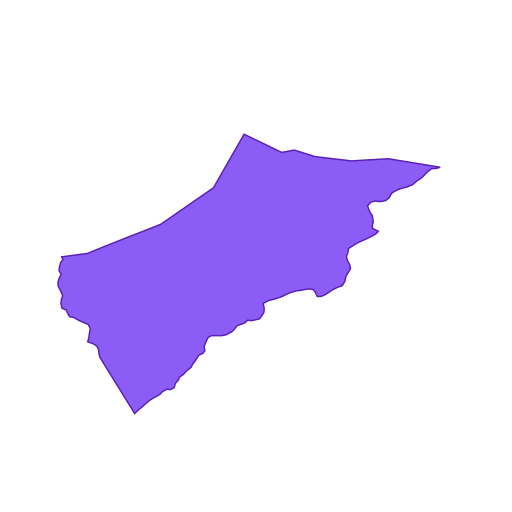 the district of Uibaí, Bahia, Brazil, rotated 255°
{"feature_id": "56859067B36146349449038", "entity_name": "Uibaí", "entity_type": "district", "adm_level": 2, "iso_a3": "BRA", "parent_name": "Brazil", "parent_adm1": "Bahia", "projection": "natural_earth1", "projection_center": [-42.132, -11.409], "detail": "fine", "context": "isolated", "style": "filled", "palette": "violet", "viewbox_px": 512, "rotation_deg": 255, "n_neighbors": 0, "source": "geoboundaries", "source_scale": "gbopen_adm2", "svg_char_len": 2056}
<svg xmlns="http://www.w3.org/2000/svg" viewBox="0 0 512 512"><g transform="rotate(255 256 256)"><path d="M135.3,98.0L137.8,102.7L139.9,107.4L141.7,110.6L144.1,115.9L145.3,119.7L146.3,124.1L147.4,127.7L149.2,130.5L150.4,135.7L149.1,138.6L150.0,142.9L153.9,145.2L156.4,149.1L158.8,150.6L160.3,155.0L163.0,159.1L165.3,164.5L168.4,167.3L170.3,170.0L172.4,172.3L175.1,175.4L175.7,179.5L177.8,182.1L182.1,182.5L185.7,185.2L189.9,188.8L190.6,192.3L189.5,196.5L188.0,201.9L187.6,206.7L188.3,209.8L189.2,213.4L191.1,216.4L193.7,220.0L193.9,224.8L194.4,228.1L196.2,231.5L194.8,234.4L194.5,238.4L194.4,243.1L196.8,246.3L199.8,249.2L203.1,250.3L208.4,250.7L209.1,253.9L209.7,256.9L209.6,262.5L209.9,268.0L210.2,271.3L211.2,275.7L211.8,280.5L211.9,286.1L211.2,290.8L210.9,295.6L210.4,298.9L208.7,302.8L205.2,304.0L201.1,304.7L200.1,308.4L200.7,312.6L201.9,316.5L203.5,320.9L204.7,327.0L205.1,331.7L208.7,335.4L213.2,337.7L216.0,340.6L219.3,344.0L223.2,344.3L227.5,343.2L232.3,343.2L235.5,345.7L239.1,347.1L240.4,350.8L241.9,355.4L242.6,358.5L243.3,362.9L244.2,368.2L245.3,373.7L246.6,378.1L248.3,380.5L250.6,377.8L252.6,375.7L255.8,376.4L258.4,378.0L261.4,378.4L265.0,378.8L268.5,377.6L271.1,377.1L275.6,376.7L278.3,380.9L278.3,385.4L276.9,388.4L276.1,392.0L276.1,395.8L277.8,399.7L281.5,403.3L282.5,406.3L283.3,409.7L283.7,414.2L283.6,419.6L284.4,425.9L286.7,430.4L288.6,436.0L290.5,439.4L292.9,443.4L294.9,448.0L294.0,452.4L294.0,456.9L315.7,409.0L317.1,402.2L319.9,388.6L323.1,372.9L336.7,338.8L348.4,320.4L349.4,307.6L376.7,276.0L366.5,265.9L361.3,260.7L332.9,232.6L311.3,172.2L308.6,148.7L307.9,141.7L304.4,111.9L304.0,108.6L302.1,93.8L305.5,68.1L302.4,68.6L300.4,65.7L296.7,63.5L292.9,62.0L288.7,63.0L285.7,60.4L282.1,58.0L278.2,57.1L275.6,57.7L271.4,58.5L267.6,59.0L264.6,56.9L260.7,55.3L255.8,55.1L253.0,58.7L249.4,59.2L245.5,60.3L243.9,64.0L241.1,66.7L238.9,69.1L236.4,72.3L233.2,76.3L228.8,77.1L224.3,75.0L220.3,73.4L216.7,71.3L213.4,76.0L210.3,78.9L206.4,79.7L201.8,79.0L198.5,79.0L135.3,98.0Z" fill="#8b5cf6" stroke="#5b21b6" stroke-width="1.5"/></g></svg>